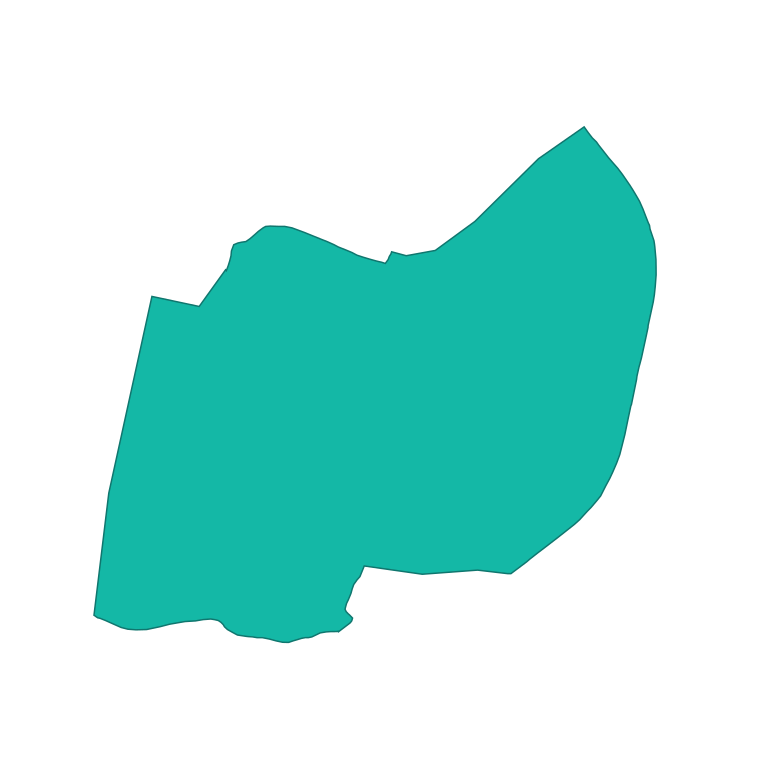 the district of Belle Vue Estate, Gros Islet, Saint Lucia, rotated 192°
{"feature_id": "8701671B25390904232189", "entity_name": "Belle Vue Estate", "entity_type": "district", "adm_level": 2, "iso_a3": "LCA", "parent_name": "Saint Lucia", "parent_adm1": "Gros Islet", "projection": "orthographic", "projection_center": [-60.946, 14.088], "detail": "fine", "context": "isolated", "style": "filled", "palette": "teal", "viewbox_px": 768, "rotation_deg": 192, "n_neighbors": 0, "source": "geoboundaries", "source_scale": "gbopen_adm2", "svg_char_len": 2238}
<svg xmlns="http://www.w3.org/2000/svg" viewBox="0 0 768 768"><g transform="rotate(192 384 384)"><path d="M629.2,421.4L630.5,220.0L619.6,97.5L615.5,95.8L613.2,95.8L607.4,94.8L599.5,93.1L590.5,91.2L583.6,90.9L575.5,92.0L565.1,94.5L552.5,100.1L543.7,104.5L536.2,107.5L529.2,110.3L519.1,113.1L511.8,116.0L504.6,118.1L500.6,118.3L496.9,118.2L493.9,117.0L491.2,115.2L489.6,113.4L486.1,111.3L480.7,109.6L475.2,108.0L466.5,108.5L464.3,108.7L460.1,109.3L455.4,109.5L450.2,110.6L443.0,110.7L436.1,110.3L429.5,110.3L423.6,111.4L419.4,113.9L415.5,116.0L411.7,118.1L408.1,119.6L405.2,120.2L402.0,121.6L398.1,124.6L394.6,127.3L389.0,129.5L384.8,130.7L379.0,132.0L377.1,132.7L377.5,131.6L368.2,142.4L367.3,143.5L366.3,145.6L366.1,148.5L369.8,151.0L371.3,151.8L373.7,153.5L375.3,155.6L375.2,158.6L375.0,161.7L374.0,165.7L372.8,172.2L372.5,177.1L371.9,181.6L369.7,186.7L367.5,190.6L366.5,196.2L365.5,201.9L307.0,205.9L253.8,221.4L223.8,224.2L220.4,224.9L207.5,239.7L205.0,243.0L199.0,250.2L189.3,261.5L181.5,270.7L168.4,286.5L164.4,292.0L158.8,301.6L155.7,306.5L151.7,313.9L148.8,319.6L146.0,330.2L143.5,338.7L141.9,345.6L140.0,355.1L138.7,364.0L138.3,374.1L137.9,384.5L138.0,400.3L138.0,414.2L137.7,415.1L137.9,440.7L138.2,444.2L138.1,454.0L137.9,456.9L137.6,462.9L137.5,483.0L137.5,494.1L137.8,496.0L137.7,518.4L137.7,520.3L138.1,527.6L139.0,536.1L140.5,547.2L142.1,554.5L143.9,562.4L147.6,574.4L148.6,577.3L149.8,580.4L156.0,590.9L157.3,594.4L159.0,596.6L163.4,603.3L167.1,609.0L172.1,615.9L175.7,619.9L180.4,625.0L184.6,629.3L194.3,638.5L200.2,643.6L206.5,648.3L211.5,652.1L214.6,654.7L223.7,662.3L226.5,664.9L231.4,668.0L236.7,672.5L241.7,677.1L279.7,636.5L328.9,561.9L361.6,525.3L388.9,514.1L404.0,514.9L404.3,512.6L405.3,509.9L405.8,506.6L407.8,502.2L411.6,502.6L416.8,502.7L423.4,503.1L430.8,503.7L437.3,504.4L442.5,505.9L448.8,507.1L457.1,508.5L462.0,509.9L468.0,511.2L471.1,511.8L471.9,511.9L475.5,512.5L493.5,515.7L506.5,517.6L514.0,517.5L520.6,516.1L528.1,514.8L532.5,513.5L534.7,511.6L538.6,507.2L541.5,503.2L545.4,498.1L548.7,494.6L552.8,493.1L556.3,491.5L559.9,489.0L560.9,482.4L560.3,477.6L560.5,472.4L561.0,467.1L561.8,462.1L562.7,462.8L580.9,421.4L605.0,421.4L629.2,421.4Z" fill="#14b8a6" stroke="#0f766e" stroke-width="1.5"/></g></svg>